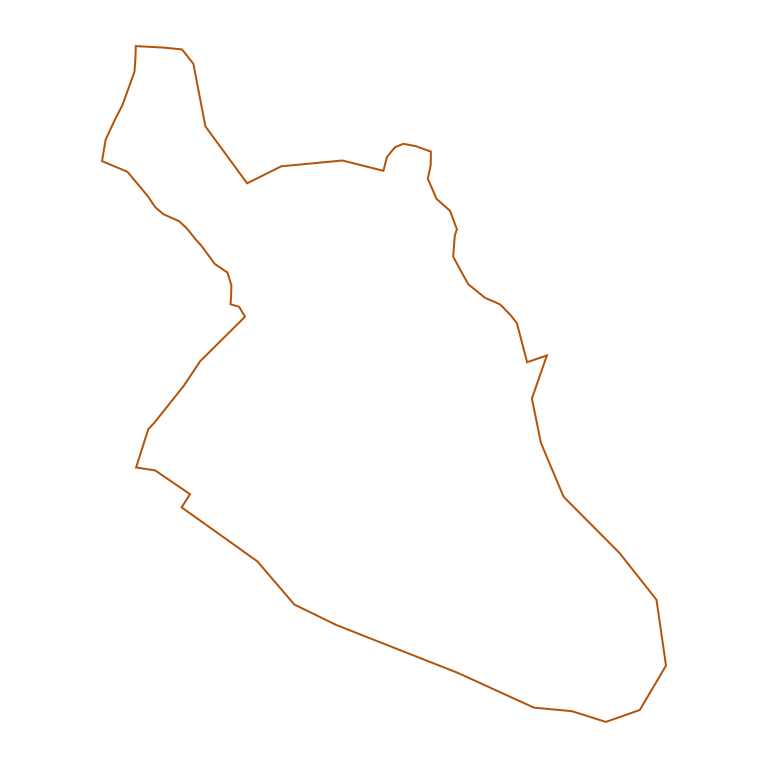 Aninri, Enugu, Nigeria
{"feature_id": "59680162B49286325204061", "entity_name": "Aninri", "entity_type": "district", "adm_level": 2, "iso_a3": "NGA", "parent_name": "Nigeria", "parent_adm1": "Enugu", "projection": "mercator", "projection_center": [7.587, 6.053], "detail": "fine", "context": "isolated", "style": "outline", "palette": "amber", "viewbox_px": 768, "rotation_deg": 0, "n_neighbors": 0, "source": "geoboundaries", "source_scale": "gbopen_adm2", "svg_char_len": 1246}
<svg xmlns="http://www.w3.org/2000/svg" viewBox="0 0 768 768"><path d="M193.4,63.9L189.0,58.3L187.9,56.9L182.0,49.4L163.5,47.6L135.8,46.1L135.4,58.5L134.5,71.6L122.6,104.7L114.8,119.9L105.7,139.5L102.0,161.1L127.4,171.8L140.7,187.6L148.4,197.0L155.1,207.1L159.4,210.8L163.4,214.2L179.1,221.2L186.3,227.8L195.5,239.2L201.5,245.9L214.8,264.0L227.5,272.6L231.4,285.3L231.1,297.0L230.5,304.2L239.1,306.8L245.0,316.7L200.0,361.4L183.8,385.8L153.7,423.5L148.4,428.9L136.1,467.5L155.1,470.4L190.0,494.2L181.6,507.4L189.8,513.2L231.9,543.2L257.5,561.5L269.1,575.1L282.5,590.7L285.1,593.8L289.4,598.8L294.4,604.6L336.1,624.9L363.1,635.6L399.2,649.8L408.3,653.4L440.8,666.2L457.6,672.8L533.8,707.6L571.9,711.2L605.8,721.9L639.8,710.0L646.4,698.8L666.0,665.6L656.5,599.8L619.6,553.1L586.3,519.6L563.6,496.8L540.9,442.9L536.3,420.1L531.9,398.6L546.9,355.4L527.1,362.2L516.9,323.2L510.5,315.0L500.3,304.6L494.1,301.7L485.3,298.0L468.3,284.3L464.5,277.5L464.3,277.1L453.4,257.2L453.2,256.3L454.8,235.6L456.9,229.3L450.1,210.9L436.5,198.8L427.8,178.6L430.7,165.1L430.9,151.6L416.0,146.2L403.4,143.8L395.0,147.2L387.0,156.9L383.4,170.8L383.0,170.7L342.3,160.5L281.2,166.3L247.1,183.3L205.4,126.4L193.4,63.9Z" fill="none" stroke="#b45309" stroke-width="2"/></svg>